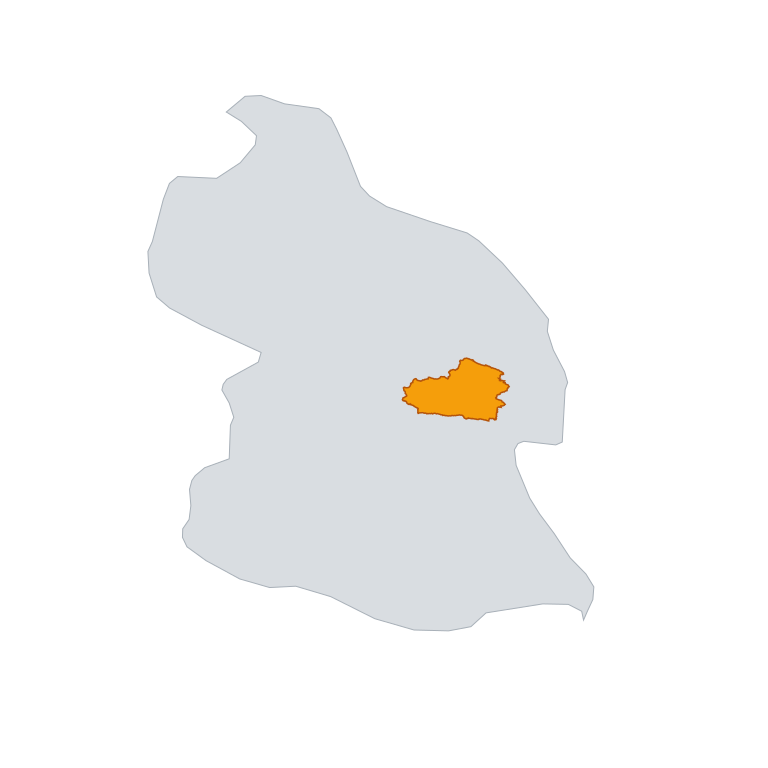 location of Gakenke, Northern, Rwanda, rotated 111°
{"feature_id": "39286606B43223731633869", "entity_name": "Gakenke", "entity_type": "district", "adm_level": 2, "iso_a3": "RWA", "parent_name": "Rwanda", "parent_adm1": "Northern", "projection": "equal_earth", "projection_center": [29.798, -1.711], "detail": "fine", "context": "in_parent", "style": "filled", "palette": "amber", "viewbox_px": 768, "rotation_deg": 111, "n_neighbors": 0, "source": "geoboundaries", "source_scale": "gbopen_adm2", "svg_char_len": 7121}
<svg xmlns="http://www.w3.org/2000/svg" viewBox="0 0 768 768"><g transform="rotate(111 384 384)"><path d="M316.8,213.1L324.4,212.9L374.3,196.8L379.3,201.8L387.4,233.0L391.6,237.6L398.6,238.7L412.6,231.5L438.3,207.1L449.5,192.3L462.7,171.4L479.6,147.9L489.0,127.4L498.2,115.4L510.3,111.8L523.6,112.7L532.9,113.1L525.3,118.0L523.7,133.0L532.4,157.0L561.1,206.7L579.4,215.9L591.3,235.2L602.9,267.8L606.4,308.5L601.6,357.5L604.4,393.9L615.0,417.8L617.7,448.8L612.7,486.8L606.6,509.6L599.4,517.2L591.3,520.0L580.3,517.4L566.8,520.7L552.1,527.8L542.9,528.8L537.2,527.4L526.4,521.4L509.3,501.7L477.5,512.6L468.9,512.3L457.2,521.7L447.7,533.2L441.9,534.0L436.0,532.4L408.6,509.2L398.6,510.0L394.5,575.2L389.9,611.4L384.2,627.5L364.6,643.1L344.9,651.9L334.0,651.3L290.6,656.2L273.6,656.2L264.2,650.9L252.0,614.0L229.0,597.5L206.9,589.9L197.9,592.0L189.9,611.3L186.6,628.7L165.2,616.8L158.7,602.1L158.1,577.3L150.3,543.4L154.6,528.9L163.0,519.6L180.8,501.6L207.9,476.8L213.7,464.9L217.5,445.2L215.8,399.2L213.2,360.5L216.4,346.7L228.7,316.7L245.3,286.0L264.6,253.6L276.3,250.4L291.6,238.1L307.7,219.9L316.8,213.1Z" fill="#d9dde1" stroke="#a8b0b8" stroke-width="1"/><path d="M372.5,358.2L372.9,358.5L373.4,358.7L373.9,359.3L374.6,358.8L374.9,358.8L375.7,359.0L376.7,358.9L378.0,359.5L378.7,360.1L379.6,362.0L379.7,362.8L379.6,363.3L379.8,364.0L380.6,364.5L381.0,364.3L381.7,363.7L383.0,363.0L383.2,362.6L383.3,361.8L383.5,361.5L384.0,361.2L385.1,360.9L385.3,360.7L385.7,359.5L386.9,358.5L387.6,358.8L388.0,359.6L388.8,359.8L389.3,360.1L389.8,361.0L390.0,361.2L390.5,361.3L391.0,361.1L392.1,361.2L392.7,360.3L392.5,359.8L392.7,359.4L392.5,359.1L392.6,358.9L392.5,358.4L392.3,358.4L392.4,358.0L392.3,357.7L392.5,357.2L392.4,357.0L392.7,356.8L392.9,356.2L393.6,355.8L393.6,355.6L393.9,355.2L393.9,354.4L394.1,354.2L394.0,353.8L393.8,353.4L394.0,353.4L393.9,353.2L393.8,352.7L393.7,352.8L393.8,352.5L393.6,352.5L393.6,352.1L393.4,352.1L393.6,351.8L393.4,351.5L393.6,351.2L393.7,349.9L393.6,349.5L393.7,348.8L393.6,348.7L393.9,348.0L394.1,347.8L394.0,347.4L394.3,346.5L394.3,345.7L394.4,345.4L394.4,344.6L394.6,344.3L394.4,343.9L394.7,343.3L395.0,343.1L395.9,343.3L397.1,342.6L398.4,342.3L399.2,341.6L399.0,341.2L398.5,341.0L398.2,340.4L397.0,337.9L396.8,337.2L396.9,336.4L396.7,335.6L396.4,335.2L396.3,334.7L396.3,333.9L396.5,333.2L396.0,332.8L395.7,331.6L395.2,330.9L395.1,330.1L394.8,329.5L394.3,329.1L394.3,328.6L394.4,328.4L394.5,327.9L393.4,326.8L393.0,325.7L393.0,325.3L393.1,324.8L393.1,324.3L392.5,323.6L392.4,322.2L392.3,321.0L392.2,320.8L392.4,319.8L391.9,318.8L391.9,318.5L392.3,317.8L391.9,317.4L391.6,316.5L391.5,316.0L391.7,315.7L391.5,315.1L391.2,314.7L391.1,313.6L390.9,313.2L390.9,312.7L390.1,311.2L389.9,310.3L389.7,309.9L389.3,309.7L388.9,309.1L388.8,308.0L388.2,307.1L387.8,305.6L387.1,304.9L387.0,304.4L386.2,303.0L385.8,302.7L385.8,301.7L385.4,300.9L385.2,299.9L385.2,299.3L385.6,298.9L385.7,298.2L386.2,297.7L386.4,297.3L386.7,297.3L386.9,297.0L387.2,294.8L387.0,294.5L386.8,294.6L386.5,294.0L386.3,294.0L386.0,293.6L386.0,293.3L385.7,293.2L385.8,293.1L385.2,291.3L385.2,290.6L384.9,290.2L385.0,289.5L384.5,289.1L384.6,288.6L384.3,288.0L384.3,287.1L384.0,286.6L383.9,285.5L383.7,285.3L383.8,284.5L383.6,284.2L383.5,283.6L383.3,283.1L382.9,283.0L382.4,282.4L382.5,282.0L382.0,281.4L381.9,280.7L382.0,280.2L381.6,278.7L381.7,277.8L381.4,276.9L381.4,276.4L381.1,276.1L381.2,275.1L381.3,274.6L381.1,273.8L380.8,273.4L380.9,273.0L379.9,273.2L378.8,273.2L378.2,273.0L378.0,272.0L377.9,271.9L377.8,271.2L377.3,270.5L377.3,270.0L377.1,269.7L377.4,269.0L377.2,269.0L377.2,268.6L377.7,268.4L377.8,268.1L377.8,267.6L377.3,267.2L377.1,266.7L376.7,266.7L376.3,267.2L376.1,267.0L375.7,267.3L375.5,267.0L375.2,267.4L374.7,267.6L374.0,267.2L373.7,267.2L372.8,268.0L372.5,268.1L372.0,268.0L371.8,268.3L371.5,268.4L371.4,268.8L371.4,268.6L371.0,268.6L370.8,268.4L370.3,268.6L370.1,268.2L369.5,268.0L369.5,268.6L368.9,268.8L368.4,268.7L367.8,269.3L367.4,269.1L367.2,268.8L366.4,269.5L365.4,269.6L364.2,268.6L364.1,268.1L364.2,267.9L364.1,267.5L364.2,267.3L363.7,266.8L363.7,266.5L363.4,266.8L362.7,266.6L362.5,266.8L362.2,265.9L361.6,265.0L360.7,264.1L360.2,264.0L359.6,263.6L358.4,265.9L358.3,266.2L358.4,267.4L357.7,267.8L357.3,268.6L357.5,269.2L357.4,270.2L357.6,270.4L357.6,270.7L357.7,270.9L357.6,271.3L357.6,274.1L356.8,274.7L356.4,274.1L356.0,274.2L355.9,274.4L355.5,274.3L355.0,274.4L354.9,274.3L354.7,274.5L354.2,274.4L353.9,274.5L353.4,274.2L353.2,273.6L352.8,273.5L352.5,272.6L351.9,272.3L351.8,272.0L350.9,272.1L349.8,271.3L349.3,270.3L348.7,270.0L348.3,268.8L347.6,268.5L346.7,267.8L346.2,266.8L345.8,266.8L344.6,267.2L344.2,267.2L343.8,266.9L343.7,267.0L343.5,266.9L343.0,267.1L342.7,267.0L342.0,266.3L341.6,266.2L341.5,266.5L340.5,267.6L340.4,268.3L340.5,269.5L340.4,269.7L340.4,270.7L340.0,271.0L339.2,271.4L339.7,272.2L339.9,272.9L339.9,273.1L339.5,273.2L338.0,272.8L338.3,273.4L338.2,274.4L338.3,274.5L338.6,275.3L338.6,275.8L339.2,276.2L339.3,277.1L338.9,276.9L338.7,277.2L338.3,277.0L338.2,277.1L338.0,276.9L337.7,276.9L337.7,277.3L338.1,277.6L337.9,278.5L337.7,278.9L337.5,278.2L337.2,278.2L336.1,278.1L335.8,278.3L335.2,278.2L334.5,278.7L333.8,278.4L333.5,278.1L333.2,278.2L332.9,277.1L332.7,277.1L332.6,276.8L332.4,276.9L332.4,276.4L332.0,276.0L331.3,276.7L331.1,276.6L331.0,276.9L330.9,276.9L330.7,278.3L330.4,278.5L330.4,279.5L330.6,280.3L330.4,280.5L329.8,282.0L330.2,282.9L330.0,283.7L330.1,284.2L329.9,285.2L329.9,285.9L330.1,286.5L330.1,288.1L330.0,288.3L330.3,289.1L330.5,289.3L330.2,290.4L330.0,290.5L330.0,291.0L329.9,291.3L330.0,291.7L329.8,292.1L330.1,292.4L330.1,292.7L329.9,293.1L330.0,293.8L329.8,294.6L330.1,294.6L330.0,296.0L330.5,295.9L330.8,296.4L331.0,297.5L331.0,297.9L331.3,300.4L331.1,301.6L331.4,303.2L331.1,304.0L331.3,304.4L331.2,305.3L331.0,306.0L331.0,306.5L330.9,306.6L330.8,307.5L330.6,307.8L330.7,308.8L330.0,308.9L329.7,309.5L329.7,309.9L329.7,310.1L330.1,310.4L330.2,310.5L330.2,311.1L330.0,311.6L330.2,312.1L330.2,312.8L330.0,313.5L330.3,314.0L330.2,314.7L330.1,314.9L330.3,315.3L330.3,316.1L330.4,316.5L330.9,316.9L331.4,318.1L332.2,318.4L332.6,318.7L333.0,318.7L333.5,318.8L334.2,319.8L334.4,321.1L334.9,321.4L335.1,321.3L335.8,321.4L336.1,320.8L337.9,320.2L338.5,320.3L339.0,320.6L340.9,320.4L341.9,320.6L342.6,320.3L343.0,320.5L343.4,320.9L344.1,321.0L344.2,321.6L344.5,321.8L345.6,322.2L345.6,323.5L345.6,324.3L346.1,325.2L346.5,325.6L346.8,325.7L347.2,326.6L347.7,327.1L348.4,326.8L349.2,327.7L349.9,327.8L350.1,327.6L351.1,326.2L351.9,325.5L353.1,325.5L354.2,326.5L354.9,326.0L355.2,326.1L355.6,326.5L356.0,326.1L356.4,326.3L356.4,326.7L356.1,327.3L356.1,328.5L355.5,330.3L355.6,330.6L355.9,331.0L356.2,331.8L356.6,333.3L356.9,333.7L357.8,333.9L358.3,333.9L360.1,335.7L360.7,337.2L360.8,337.9L361.4,339.0L361.2,339.8L361.5,342.0L361.4,343.8L361.9,344.9L363.4,344.6L363.6,345.2L365.1,347.4L365.2,347.8L366.0,348.1L366.3,349.3L366.5,349.5L367.6,349.9L367.9,350.8L368.2,350.9L368.3,352.3L368.6,353.7L368.3,355.0L367.7,355.7L367.6,356.1L367.8,356.6L368.7,357.5L369.6,357.9L371.1,358.1L372.3,357.7L372.5,358.2Z" fill="#f59e0b" stroke="#b45309" stroke-width="1.5"/></g></svg>